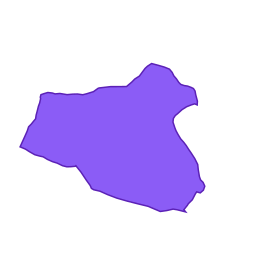 the border of Mizdah, rotated 292°
{"feature_id": "LBY-2976", "entity_name": "Mizdah", "entity_type": "Municipality", "adm_level": 1, "iso_a3": "LBY", "parent_name": "Libya", "parent_adm1": "", "projection": "albers", "projection_center": [13.169, 30.372], "detail": "fine", "context": "isolated", "style": "filled", "palette": "violet", "viewbox_px": 256, "rotation_deg": 292, "n_neighbors": 0, "source": "natural_earth", "source_scale": "10m", "svg_char_len": 1511}
<svg xmlns="http://www.w3.org/2000/svg" viewBox="0 0 256 256"><g transform="rotate(292 128 128)"><path d="M108.9,37.6L114.7,36.8L118.2,36.7L122.4,36.0L123.8,35.1L126.3,34.8L128.3,37.1L130.9,40.4L132.1,44.8L132.3,47.6L134.5,51.9L136.1,59.0L138.7,64.1L140.6,68.5L141.9,73.6L144.3,76.9L148.8,82.4L151.4,84.0L153.6,85.4L154.3,86.2L159.8,96.3L163.6,105.6L165.9,111.1L172.0,114.3L175.9,115.9L180.4,119.1L189.6,121.5L192.8,123.0L193.0,123.2L196.6,125.7L197.5,132.9L198.1,138.9L198.1,144.4L196.1,148.1L193.5,151.0L193.0,152.0L191.7,154.5L189.3,158.0L188.2,160.6L188.4,164.2L189.2,167.6L189.3,171.4L189.1,173.9L187.4,176.3L184.1,178.4L178.9,182.3L175.3,183.5L175.4,180.8L173.2,178.1L169.7,174.4L165.2,171.2L159.8,168.6L157.3,167.2L153.9,166.5L150.3,167.5L145.7,171.4L143.5,173.5L140.9,176.6L137.6,181.0L135.6,185.1L133.5,188.6L131.0,192.1L128.5,195.9L124.7,201.3L120.3,206.3L115.6,208.8L112.0,211.0L109.6,212.5L107.1,214.7L105.7,218.0L102.8,221.0L98.6,221.2L94.9,219.3L94.5,215.6L92.0,215.1L88.6,214.8L85.5,214.5L80.4,212.3L78.5,212.0L73.2,210.4L71.8,212.9L70.6,204.2L69.7,200.2L66.0,194.9L62.7,189.2L62.9,175.8L61.4,165.6L59.9,154.5L58.8,143.9L58.6,134.1L58.9,125.6L57.9,119.4L58.3,116.7L60.5,114.5L63.9,109.1L69.5,100.9L73.5,93.8L72.8,93.5L70.8,89.7L69.1,85.8L68.5,81.5L68.9,75.5L68.5,70.7L68.7,65.0L69.5,60.2L68.9,56.7L68.3,51.6L69.1,45.5L70.0,40.7L70.1,35.0L81.5,35.5L87.5,35.7L91.9,35.4L95.5,36.9L98.9,37.9L101.9,38.9L103.5,38.5L105.5,38.0L108.9,37.6Z" fill="#8b5cf6" stroke="#5b21b6" stroke-width="1.5"/></g></svg>